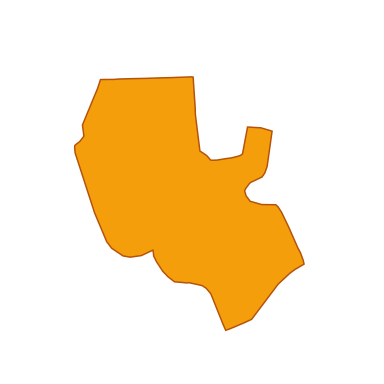 Sa'dah, Sa`dah, Yemen, rotated 155°
{"feature_id": "15242507B19986135931158", "entity_name": "Sa'dah", "entity_type": "district", "adm_level": 2, "iso_a3": "YEM", "parent_name": "Yemen", "parent_adm1": "Sa`dah", "projection": "mercator", "projection_center": [43.754, 16.929], "detail": "fine", "context": "isolated", "style": "filled", "palette": "amber", "viewbox_px": 384, "rotation_deg": 155, "n_neighbors": 0, "source": "geoboundaries", "source_scale": "gbopen_adm2", "svg_char_len": 1494}
<svg xmlns="http://www.w3.org/2000/svg" viewBox="0 0 384 384"><g transform="rotate(155 192 192)"><path d="M120.3,82.2L120.1,82.7L119.4,91.0L119.7,96.9L119.6,101.2L119.3,114.9L119.2,119.7L119.4,135.6L120.2,141.5L120.2,141.9L121.4,145.0L134.2,151.2L143.2,159.0L144.6,165.4L143.9,170.7L141.8,172.5L138.4,174.3L136.3,175.5L134.3,175.9L123.0,176.0L122.2,176.0L117.9,178.5L113.1,183.4L93.7,213.3L102.5,221.1L114.2,227.4L130.2,205.1L132.8,204.7L136.1,205.1L142.0,206.3L146.7,207.8L156.0,210.4L159.7,212.0L160.9,212.5L161.8,213.5L162.1,214.6L162.6,216.6L163.3,218.8L165.2,222.1L167.5,225.8L157.3,257.4L156.6,259.5L155.8,261.8L153.8,266.3L152.2,270.4L145.7,287.2L142.4,295.7L143.9,296.6L158.5,302.8L161.4,304.0L172.2,308.7L181.8,312.8L185.6,314.4L199.2,320.4L210.8,325.4L214.9,326.9L226.3,332.1L227.4,332.6L233.7,325.9L235.6,324.1L244.3,316.2L251.5,309.5L251.7,309.4L258.5,303.1L261.5,300.4L262.4,299.5L263.0,299.0L265.2,291.9L266.2,289.0L266.5,288.2L272.6,285.1L276.0,284.4L278.5,283.7L279.6,281.8L281.4,276.8L289.1,214.3L290.3,183.0L288.6,175.0L281.5,163.2L275.6,159.1L264.9,155.8L252.0,155.8L252.0,155.4L253.8,150.1L253.6,143.5L252.6,136.8L252.0,132.4L250.3,127.6L249.7,125.6L247.7,121.7L246.8,119.9L245.8,118.0L234.6,111.5L233.4,111.3L226.5,106.1L222.3,102.8L219.8,98.7L218.0,92.0L218.1,88.6L218.2,87.1L219.8,58.4L219.9,52.4L217.8,52.2L215.6,52.0L207.7,51.7L199.5,51.4L191.8,51.4L152.8,72.1L137.7,77.0L131.2,78.3L120.9,79.3L120.3,82.2Z" fill="#f59e0b" stroke="#b45309" stroke-width="1.5"/></g></svg>